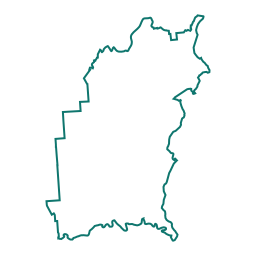 Tea Tree Gully, South Australia, Australia (Natural Earth projection)
{"feature_id": "25037944B97586454911655", "entity_name": "Tea Tree Gully", "entity_type": "district", "adm_level": 2, "iso_a3": "AUS", "parent_name": "Australia", "parent_adm1": "South Australia", "projection": "natural_earth1", "projection_center": [138.716, -34.802], "detail": "fine", "context": "isolated", "style": "outline", "palette": "teal", "viewbox_px": 256, "rotation_deg": 0, "n_neighbors": 0, "source": "geoboundaries", "source_scale": "gbopen_adm2", "svg_char_len": 5772}
<svg xmlns="http://www.w3.org/2000/svg" viewBox="0 0 256 256"><path d="M209.5,70.1L209.4,70.0L208.3,68.1L207.6,65.8L206.5,65.2L204.5,62.6L203.4,61.9L201.6,59.4L201.1,57.9L199.8,58.7L198.4,57.8L197.5,57.1L195.7,54.8L194.4,53.0L193.6,47.5L197.6,34.8L196.7,32.9L196.1,30.1L196.8,27.2L198.0,24.1L200.0,21.3L202.8,18.8L203.3,17.7L203.5,16.4L203.4,16.3L197.6,15.4L196.8,16.4L195.5,17.2L194.9,18.1L193.7,21.4L193.2,21.6L192.7,22.5L192.6,23.3L192.2,23.9L191.6,25.4L190.8,25.4L190.6,28.0L191.0,28.1L191.2,29.6L190.3,30.8L187.9,29.9L187.2,30.4L186.4,30.8L185.6,30.2L185.3,30.2L183.8,32.4L176.3,33.1L177.0,39.5L171.1,40.1L170.4,33.9L169.1,34.0L168.8,30.8L166.9,30.6L166.1,30.3L165.5,30.4L164.0,30.0L162.9,29.3L160.7,27.4L160.3,27.4L159.6,27.9L157.6,28.6L157.2,28.5L157.2,28.1L157.1,27.9L153.9,28.7L153.6,27.6L152.5,27.3L151.5,26.2L151.4,25.5L152.6,22.7L152.7,21.8L152.4,20.8L151.8,19.8L151.4,18.7L150.9,18.0L150.2,17.7L148.3,18.2L144.4,18.4L143.4,18.8L142.7,19.6L141.5,22.0L140.7,24.0L139.8,26.0L139.1,27.0L137.4,28.8L133.6,32.2L131.9,34.2L131.2,35.4L130.9,36.9L131.0,38.3L131.8,41.4L131.8,42.9L131.5,44.5L130.9,45.8L129.0,48.9L128.2,50.7L128.1,50.8L127.2,51.1L126.7,50.9L126.5,50.7L125.6,50.6L125.1,50.7L124.0,51.3L122.1,51.6L121.4,51.7L118.7,51.6L118.0,51.4L116.9,50.9L115.7,49.7L114.2,47.6L113.7,47.3L113.1,47.8L112.6,48.9L112.2,50.1L111.6,51.0L111.3,51.1L110.7,50.5L110.0,49.2L108.3,46.7L107.8,46.1L107.6,46.1L105.4,47.4L104.3,48.6L103.8,49.2L103.5,50.3L103.3,50.9L102.8,51.4L102.1,52.1L101.8,52.1L101.7,52.0L101.2,50.8L100.7,50.1L100.1,49.7L97.8,54.3L97.8,57.6L96.9,57.7L96.7,58.4L95.7,59.8L95.4,60.6L94.9,60.3L94.5,60.2L94.0,60.4L94.1,60.9L94.0,62.1L92.5,63.3L92.0,64.0L91.9,64.6L91.9,65.0L93.1,67.3L93.1,67.5L92.8,68.3L91.5,67.7L89.9,67.7L89.3,69.7L90.0,69.9L83.9,78.3L87.2,84.2L87.4,84.2L88.6,101.5L80.0,101.9L80.6,111.0L62.9,112.0L63.4,120.7L64.6,138.2L55.5,138.9L55.9,144.7L55.9,146.8L56.0,146.8L56.1,147.8L56.7,155.7L57.5,165.2L57.3,165.2L59.7,200.3L46.5,201.2L46.8,204.9L47.0,205.8L51.8,214.7L53.8,213.4L54.6,214.6L54.8,215.3L55.2,221.1L57.2,221.0L58.0,232.5L58.6,233.4L58.8,236.3L58.7,236.3L58.2,237.4L58.3,238.5L59.0,238.4L59.6,238.8L60.7,238.9L61.3,239.0L61.6,238.8L62.2,238.3L62.7,238.1L64.1,236.9L64.2,236.7L64.1,236.1L63.8,235.6L63.6,235.2L63.8,234.6L64.4,234.2L64.9,234.1L65.7,234.2L66.6,234.5L67.5,235.3L67.7,235.6L67.6,236.9L67.6,237.6L67.8,237.9L69.6,239.2L70.5,239.5L72.4,239.5L72.8,239.2L73.2,238.3L73.5,238.0L75.2,237.5L77.4,236.5L78.8,236.2L79.2,235.9L81.1,235.3L83.7,235.2L86.4,235.5L87.8,235.5L88.5,234.9L89.0,233.9L89.7,231.0L89.8,230.7L92.0,228.9L93.7,227.2L94.7,226.0L97.3,225.3L97.9,225.3L99.5,224.7L100.9,224.6L102.3,225.1L102.4,225.3L102.4,225.6L102.2,226.4L102.4,226.8L102.9,227.2L103.7,227.3L104.3,227.0L105.0,226.2L105.7,225.0L106.7,224.3L107.6,224.2L108.3,224.7L108.8,225.3L109.3,226.2L109.6,226.6L110.7,226.7L111.8,226.6L112.2,226.3L112.4,226.0L112.7,225.2L112.6,224.2L112.3,223.0L112.2,222.1L112.4,221.3L112.6,221.0L113.1,220.7L114.2,220.3L114.5,220.4L114.8,220.8L115.3,221.6L115.8,222.1L116.1,222.6L117.0,223.7L117.4,224.0L118.1,224.7L119.7,225.9L120.5,226.6L121.0,227.2L121.2,227.6L123.9,230.2L124.4,230.5L125.8,230.7L126.4,230.5L126.6,230.2L127.1,229.8L127.1,229.7L127.0,228.5L126.8,228.0L125.8,224.5L125.8,223.8L126.4,223.5L127.8,223.5L128.4,223.7L128.8,224.1L129.3,224.2L132.1,224.0L133.0,224.3L133.9,224.7L136.9,225.3L137.4,225.3L138.7,225.0L140.0,224.4L140.4,224.0L141.1,223.7L141.4,223.2L141.7,222.4L141.9,220.2L142.1,219.3L142.4,218.9L143.4,218.5L143.3,219.1L143.6,219.3L144.1,220.4L144.6,221.8L144.8,223.4L145.2,223.9L146.1,224.1L148.4,223.6L150.1,223.7L151.5,224.4L152.4,225.7L153.3,226.5L153.7,226.6L154.2,226.5L154.5,226.3L154.7,225.0L155.0,224.2L155.3,223.9L155.7,223.9L156.4,224.4L156.7,225.0L157.1,226.9L157.1,227.7L157.3,228.1L157.7,228.6L158.4,228.9L158.9,228.9L159.9,228.6L161.2,227.9L162.3,227.6L163.7,227.3L164.7,227.5L165.6,227.8L165.9,228.2L166.0,228.4L166.0,229.1L165.7,229.5L165.3,229.8L164.0,230.2L162.6,230.3L162.1,230.5L161.9,230.6L161.8,230.9L161.8,231.2L161.9,231.4L162.3,231.8L164.2,232.4L164.9,232.7L166.3,233.9L167.7,234.6L169.7,235.4L171.4,235.5L171.4,235.9L171.0,236.7L170.9,237.2L171.4,238.2L172.7,240.5L173.0,240.6L173.5,240.6L174.8,240.0L177.1,236.4L177.5,234.6L176.0,232.5L175.2,231.1L174.3,230.3L172.3,227.6L171.8,225.3L172.0,224.1L171.6,223.2L170.6,222.1L168.6,221.4L166.6,219.9L165.5,218.0L165.2,215.3L165.4,214.1L165.1,211.8L164.7,211.0L163.6,210.2L163.2,209.7L161.8,208.0L162.1,206.3L163.4,203.8L163.8,199.8L165.5,195.0L163.8,191.3L163.5,186.9L164.5,184.5L166.1,183.4L166.8,181.9L169.2,173.0L170.4,170.8L173.8,163.6L176.9,160.4L176.1,159.8L175.6,159.0L175.4,158.7L175.1,158.6L174.5,159.1L174.3,159.3L174.2,160.0L173.6,159.7L172.9,159.1L172.7,158.7L172.5,157.9L173.4,154.4L173.3,153.7L173.0,153.4L172.6,153.2L171.2,153.1L170.5,152.5L169.3,151.0L167.3,149.3L167.3,148.1L167.5,147.2L168.3,145.9L168.4,145.3L169.0,143.9L169.2,139.4L169.8,136.8L173.1,132.0L173.5,131.7L175.6,130.9L180.0,126.9L181.0,124.8L180.8,123.0L182.1,118.6L182.6,118.1L183.8,117.4L184.5,115.5L184.3,114.8L184.4,114.4L184.6,113.8L184.6,113.2L184.3,112.7L183.6,110.6L182.6,109.1L181.4,106.1L180.4,102.7L180.4,101.8L180.4,101.2L180.9,100.1L181.2,99.7L178.9,100.8L177.6,99.9L173.7,98.8L174.2,98.3L175.0,97.3L186.9,89.4L187.3,89.2L188.8,88.9L189.6,88.9L190.4,88.7L191.2,88.9L191.2,89.9L191.3,90.6L191.8,91.2L193.0,92.1L193.0,92.3L192.9,93.5L193.0,93.7L193.2,93.8L193.6,93.9L194.5,93.6L195.2,93.3L194.0,91.7L194.0,91.0L194.7,89.9L195.9,88.9L197.4,86.6L197.5,85.3L199.7,80.9L199.1,79.5L198.0,77.6L198.5,76.9L199.1,76.2L199.2,75.5L199.4,75.3L200.3,75.1L201.0,74.2L202.1,73.5L202.4,72.8L202.8,72.5L205.3,72.0L206.1,72.0L206.4,71.9L206.8,72.0L207.6,72.7L208.7,72.5L209.4,72.1L209.5,70.1Z" fill="none" stroke="#0f766e" stroke-width="2"/></svg>